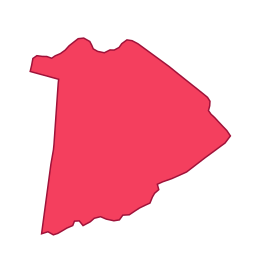 Timbó, Santa Catarina, Brazil (Albers equal-area conic projection), rotated 262°
{"feature_id": "56859067B25557808963142", "entity_name": "Timbó", "entity_type": "district", "adm_level": 2, "iso_a3": "BRA", "parent_name": "Brazil", "parent_adm1": "Santa Catarina", "projection": "albers", "projection_center": [-49.268, -26.814], "detail": "fine", "context": "isolated", "style": "filled", "palette": "rose", "viewbox_px": 256, "rotation_deg": 262, "n_neighbors": 0, "source": "geoboundaries", "source_scale": "gbopen_adm2", "svg_char_len": 1075}
<svg xmlns="http://www.w3.org/2000/svg" viewBox="0 0 256 256"><g transform="rotate(262 128 128)"><path d="M41.9,117.2L44.9,123.4L47.2,128.3L49.2,134.5L50.6,139.3L56.3,142.6L59.6,145.2L62.7,149.9L68.2,149.2L69.9,154.9L71.8,164.4L76.3,179.9L82.1,190.1L87.8,200.1L97.3,217.7L99.6,222.0L105.9,228.3L111.7,225.5L117.4,221.4L122.1,218.1L126.2,215.3L130.1,212.1L134.0,210.1L138.6,212.0L143.1,212.9L147.3,211.0L156.2,202.7L160.8,198.3L174.4,185.4L178.8,181.3L183.1,177.3L210.1,149.5L213.9,144.2L215.4,139.2L212.4,133.6L209.0,130.4L207.1,125.2L207.8,121.0L205.8,115.0L208.1,108.6L211.2,104.6L215.0,103.6L219.0,102.2L223.2,96.7L223.4,91.1L220.7,86.4L217.6,81.1L213.9,76.7L211.1,71.4L209.6,65.9L207.7,62.1L210.1,57.6L210.8,53.2L212.3,47.8L210.1,43.5L203.8,41.4L197.6,39.0L185.9,66.1L181.9,65.1L166.4,61.8L122.0,52.4L116.7,51.1L102.8,46.6L35.3,27.7L36.4,34.3L32.6,39.2L33.4,43.8L35.1,48.0L37.4,53.5L39.1,59.7L43.2,62.0L42.8,66.8L37.6,69.9L40.4,77.6L43.3,82.0L44.0,88.5L40.8,93.8L38.1,101.1L38.2,106.7L42.4,110.7L41.9,117.2Z" fill="#f43f5e" stroke="#9f1239" stroke-width="1.5"/></g></svg>